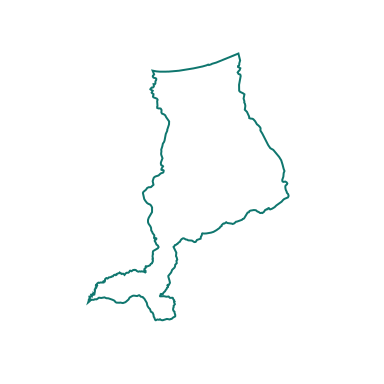 Barique/Natarbora, Manatuto, East Timor (Mercator projection), rotated 206°
{"feature_id": "22284137B73743119127991", "entity_name": "Barique/Natarbora", "entity_type": "district", "adm_level": 2, "iso_a3": "TLS", "parent_name": "East Timor", "parent_adm1": "Manatuto", "projection": "mercator", "projection_center": [126.054, -8.876], "detail": "fine", "context": "isolated", "style": "outline", "palette": "teal", "viewbox_px": 384, "rotation_deg": 206, "n_neighbors": 0, "source": "geoboundaries", "source_scale": "gbopen_adm2", "svg_char_len": 5979}
<svg xmlns="http://www.w3.org/2000/svg" viewBox="0 0 384 384"><g transform="rotate(206 192 192)"><path d="M248.0,247.9L243.5,245.4L242.3,242.7L241.5,236.9L241.1,236.3L241.0,232.7L239.2,226.1L239.1,224.4L239.4,222.8L238.7,220.0L238.2,216.5L237.4,215.3L236.5,212.8L236.0,212.0L233.3,209.4L232.9,205.0L232.3,203.6L231.3,202.6L230.1,202.7L229.3,202.4L229.6,199.8L229.4,198.8L229.1,198.5L227.7,199.0L226.9,198.9L226.4,197.6L226.5,196.8L228.3,194.9L229.3,192.2L231.7,189.9L232.4,188.7L232.6,187.7L232.1,184.5L229.8,181.6L231.0,178.5L231.9,177.8L232.8,177.5L234.0,176.1L234.4,173.8L235.7,170.9L235.7,169.6L231.9,164.8L230.4,163.8L227.8,162.5L225.9,162.2L224.6,162.4L223.0,162.0L221.1,160.6L219.1,156.4L219.6,149.9L219.3,147.6L218.3,145.6L217.2,144.5L214.2,142.8L213.0,141.7L211.8,139.6L210.2,138.6L209.4,137.8L207.1,136.7L206.7,136.2L206.0,134.1L205.4,133.8L204.4,134.7L203.7,134.6L203.4,133.7L204.1,133.0L204.1,131.7L202.6,130.7L200.9,129.2L199.2,128.9L197.9,127.9L198.0,126.5L200.9,122.1L201.0,121.5L200.5,119.9L199.8,119.2L199.8,118.4L199.2,116.7L198.4,115.7L198.2,114.8L197.8,114.8L197.7,114.6L197.8,114.0L197.0,113.1L196.7,112.0L196.9,111.2L196.7,110.4L197.5,109.3L197.7,107.6L199.4,105.7L201.0,105.0L201.0,104.7L200.4,104.2L200.6,103.8L200.4,103.3L201.0,101.9L200.7,101.1L199.3,100.8L199.1,100.1L198.6,99.8L198.8,99.2L200.9,99.2L201.3,98.9L202.4,98.7L203.1,98.0L204.2,97.8L205.4,96.8L207.0,96.8L208.2,97.2L209.3,97.0L209.7,96.5L210.6,96.2L211.6,94.3L212.8,94.3L213.3,94.0L213.4,92.5L213.7,91.8L214.0,91.4L215.2,90.9L216.0,89.7L216.3,87.9L217.9,88.4L218.7,87.9L219.0,87.9L219.3,87.5L220.4,87.8L220.8,87.5L221.7,87.9L221.9,87.3L223.6,85.5L223.5,84.6L224.0,83.9L224.7,84.1L225.6,83.3L226.1,82.2L226.1,81.6L227.2,80.8L227.2,80.4L228.6,79.2L229.4,78.7L229.8,77.4L230.1,77.1L231.1,77.2L231.4,76.9L231.9,75.5L231.3,74.1L232.4,73.0L232.3,72.7L231.6,72.6L231.8,72.3L231.8,71.9L232.8,71.7L233.0,71.2L234.4,70.7L235.5,69.7L236.4,69.5L237.1,68.1L237.1,67.3L237.6,66.5L237.5,66.2L236.5,66.7L236.2,66.4L236.6,64.7L236.2,64.8L236.1,64.0L236.4,62.5L236.7,62.1L236.5,61.2L236.0,60.9L235.8,60.4L234.9,57.2L235.1,57.1L236.0,57.5L235.5,56.4L235.8,56.2L236.0,56.6L236.6,56.6L236.6,56.1L237.6,55.5L237.3,55.2L236.5,54.8L236.2,54.2L237.0,54.0L238.4,53.0L238.3,52.8L237.8,52.8L237.5,52.6L237.5,50.5L236.5,50.9L236.4,50.0L236.6,49.8L237.3,49.9L236.9,47.2L236.1,49.0L235.8,50.1L235.4,50.6L234.1,51.6L233.1,52.0L232.3,53.0L230.7,53.7L229.2,56.3L227.2,56.9L224.5,58.9L222.4,59.0L220.5,59.8L216.1,60.3L214.1,60.3L212.4,59.5L211.3,59.5L208.6,60.7L208.2,61.1L205.4,61.9L203.7,63.6L203.2,64.5L201.9,67.6L201.8,69.8L199.9,72.6L198.8,73.4L195.7,74.4L194.6,75.8L194.0,76.1L192.1,75.5L190.2,76.0L189.6,75.6L188.2,75.3L184.1,72.6L182.3,70.3L180.5,69.1L178.4,68.3L176.5,66.4L174.6,66.3L172.9,64.9L171.7,63.1L170.9,62.7L169.3,61.1L168.6,60.8L168.2,61.0L167.3,62.2L165.6,62.7L165.0,63.6L163.5,63.4L162.1,63.9L158.9,66.9L156.1,67.7L155.5,68.5L154.7,69.0L154.0,70.8L152.6,72.8L153.1,74.1L154.9,76.0L155.2,76.7L156.7,77.2L157.5,78.1L158.0,79.5L158.0,80.6L158.6,81.5L158.2,83.7L159.6,84.8L159.6,85.9L160.3,86.0L160.6,86.9L161.5,87.2L162.9,88.4L163.4,88.3L164.7,87.5L165.6,87.2L167.2,87.8L169.2,86.6L171.4,86.1L174.6,84.4L175.0,84.3L175.2,84.5L175.0,85.7L175.4,86.3L175.2,86.8L173.5,87.4L173.5,89.0L172.7,91.0L172.7,92.0L172.3,94.0L172.5,94.8L171.9,96.0L172.1,96.6L173.2,97.3L173.1,97.9L172.1,98.3L172.0,100.7L173.4,102.5L176.0,105.3L176.5,106.2L175.5,110.5L175.7,113.4L174.6,116.3L174.6,117.6L175.2,119.3L174.5,121.3L175.8,123.3L175.6,124.7L177.1,126.5L178.3,127.4L179.5,130.6L184.5,134.5L184.1,135.6L184.1,136.7L183.0,137.8L182.8,138.6L182.3,139.0L182.0,140.4L181.0,142.2L181.1,143.2L180.7,145.0L179.7,146.5L178.6,146.8L176.9,146.6L175.5,147.0L174.2,146.9L170.8,148.3L168.0,148.0L167.1,148.5L166.8,148.9L166.5,151.1L163.8,153.8L164.4,155.8L164.2,157.1L164.7,159.1L164.5,159.4L163.0,159.9L161.0,161.0L157.1,163.8L155.2,165.6L153.3,168.4L151.5,171.7L151.2,173.4L150.5,174.2L150.8,175.2L150.2,176.9L149.9,177.5L149.0,177.9L148.0,179.8L146.7,179.6L142.4,181.0L141.4,181.1L140.3,182.3L139.4,184.6L138.5,185.2L134.9,188.9L134.6,190.0L133.9,190.5L133.6,191.3L133.0,197.9L132.0,198.7L132.0,199.9L131.4,200.8L128.5,202.9L126.6,203.6L124.6,203.1L123.5,203.3L121.6,203.0L120.8,203.3L120.1,204.0L119.5,204.0L118.7,205.5L118.3,208.0L117.6,208.6L117.5,209.2L116.5,209.6L116.3,211.0L115.8,211.2L114.3,210.6L114.0,210.7L112.7,212.1L111.1,214.6L110.3,216.9L107.2,222.6L106.7,224.6L106.0,226.2L103.4,229.2L103.4,230.5L103.7,231.2L104.8,232.3L106.4,232.9L107.2,234.0L108.2,234.6L109.3,235.8L110.4,237.5L110.7,238.8L110.0,240.5L110.1,241.5L111.1,242.1L112.6,242.3L114.4,241.1L115.3,241.2L115.7,241.6L116.2,242.5L116.6,245.8L117.9,249.2L118.1,251.4L119.7,252.9L122.6,256.3L125.7,259.6L129.0,261.7L137.4,265.5L140.8,265.7L144.0,267.5L154.5,275.4L156.8,276.8L157.6,277.5L158.2,279.1L158.9,279.9L161.3,280.9L163.3,281.3L166.3,283.3L168.8,284.3L169.9,284.3L171.5,283.7L172.9,283.5L173.8,284.9L176.5,287.1L177.7,288.1L180.6,289.1L181.8,292.8L183.0,294.4L184.3,295.4L184.7,296.5L186.6,298.6L187.7,302.8L189.5,303.1L192.7,303.1L194.0,303.7L196.7,309.0L199.1,317.6L200.1,318.7L201.9,318.5L203.4,319.5L203.1,321.1L202.6,322.3L202.8,324.4L205.5,324.6L205.8,325.4L205.2,326.3L205.4,327.4L205.9,328.3L206.4,331.3L211.0,336.8L227.0,318.9L230.1,316.1L230.8,315.1L232.5,313.5L233.3,313.6L234.6,312.1L237.5,309.5L244.8,303.8L257.0,295.2L265.9,289.9L273.3,286.2L276.9,284.8L280.6,283.8L277.6,281.1L278.1,279.3L277.8,278.5L276.7,277.9L274.8,278.3L274.2,278.3L273.6,277.9L273.3,276.8L273.4,275.5L272.5,273.4L272.7,272.5L273.8,272.1L272.6,270.3L272.6,269.7L273.1,268.6L273.9,268.3L274.5,266.7L274.4,266.0L271.7,265.8L271.8,263.6L271.1,263.3L269.5,263.1L269.1,262.2L269.1,261.0L268.8,260.5L268.1,260.2L264.6,260.5L263.5,260.0L263.2,259.2L263.2,258.5L260.7,254.1L260.7,253.3L260.1,252.3L258.9,252.4L257.5,253.1L256.6,253.2L255.3,252.3L254.4,250.1L253.7,249.6L253.2,249.3L251.5,249.5L249.7,249.2L248.0,247.9Z" fill="none" stroke="#0f766e" stroke-width="2"/></g></svg>